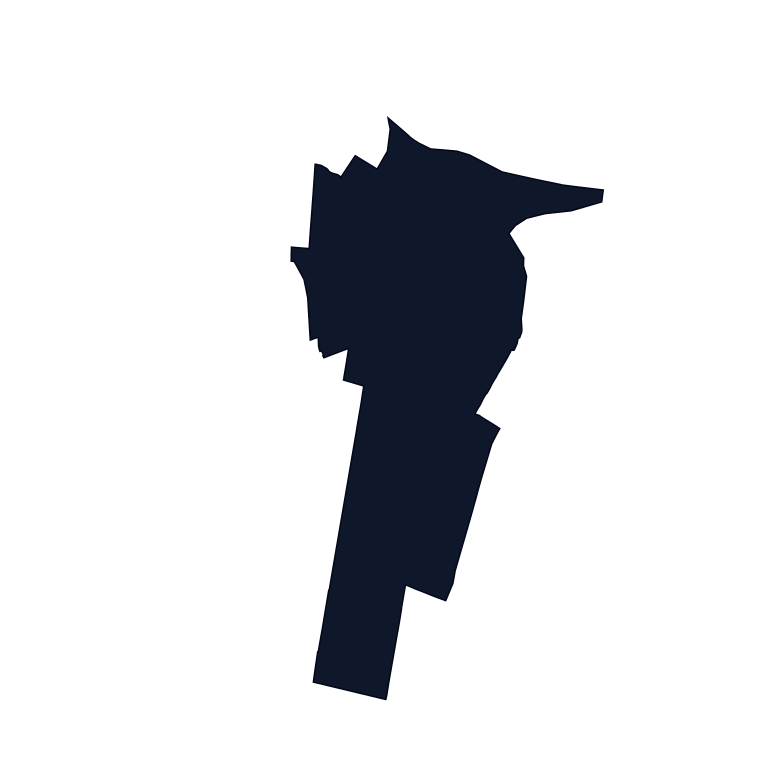 Unirea, Calarasi, Romania, rotated 215°
{"feature_id": "2599482B78203742234892", "entity_name": "Unirea", "entity_type": "district", "adm_level": 2, "iso_a3": "ROU", "parent_name": "Romania", "parent_adm1": "Calarasi", "projection": "natural_earth1", "projection_center": [27.6, 44.275], "detail": "fine", "context": "isolated", "style": "filled", "palette": "ink", "viewbox_px": 768, "rotation_deg": 215, "n_neighbors": 0, "source": "geoboundaries", "source_scale": "gbopen_adm2", "svg_char_len": 4706}
<svg xmlns="http://www.w3.org/2000/svg" viewBox="0 0 768 768"><g transform="rotate(215 384 384)"><path d="M533.3,604.3L530.1,601.1L526.2,597.4L525.0,596.2L519.9,586.5L514.7,576.7L514.3,571.6L513.8,566.4L512.9,556.1L525.7,555.3L538.5,554.5L538.2,541.2L537.9,528.0L538.3,528.3L538.7,528.5L539.0,528.7L539.2,528.8L539.3,528.8L539.5,528.9L539.9,528.9L540.1,528.9L540.3,529.0L540.5,529.0L541.0,528.9L541.4,528.9L541.8,528.9L542.1,528.8L542.4,528.7L542.7,528.6L542.9,528.6L543.1,528.5L543.2,528.4L543.6,528.3L544.0,528.1L544.5,527.9L544.8,527.9L545.1,527.8L545.7,527.6L546.3,527.3L547.3,527.1L548.2,526.9L548.9,526.8L549.6,526.7L550.0,526.6L550.4,526.6L550.5,526.6L550.8,526.6L551.0,526.6L551.3,526.7L551.5,526.8L551.9,527.0L552.3,527.2L552.5,527.2L552.7,527.3L553.0,527.4L553.3,527.4L553.5,527.4L553.7,527.5L554.0,527.5L554.3,527.6L554.5,527.6L554.8,527.6L555.1,527.6L555.8,527.5L556.4,527.4L556.7,527.4L557.1,527.3L557.3,527.3L557.5,527.3L558.2,527.3L559.0,527.2L559.3,527.2L559.5,527.2L559.9,527.2L560.1,527.1L560.4,527.1L560.9,526.9L561.4,526.8L562.1,526.5L562.8,526.2L563.9,525.7L565.0,525.3L565.5,525.0L565.9,524.8L566.2,524.7L566.4,524.7L566.5,524.6L559.1,512.4L551.7,500.1L549.3,496.1L546.9,492.0L542.1,484.0L532.6,468.0L523.0,452.0L530.6,447.5L538.3,443.0L538.2,442.9L537.5,441.9L537.0,441.0L535.7,439.2L534.8,437.7L533.8,436.2L533.3,435.5L532.7,434.7L531.6,433.0L530.5,431.4L529.1,432.1L527.8,432.8L525.2,431.6L522.6,430.3L521.1,429.6L519.6,428.8L517.1,427.6L514.6,426.4L512.8,425.4L510.9,424.5L510.1,424.1L509.4,423.7L509.2,423.5L502.3,417.0L495.5,410.4L492.2,406.2L488.9,402.0L479.2,389.8L469.6,377.7L468.7,378.9L467.9,380.2L467.4,380.9L466.9,381.6L466.6,382.0L466.2,382.5L465.9,382.9L465.6,383.3L465.3,383.7L465.0,384.1L464.7,384.6L463.0,382.4L461.3,380.1L460.1,378.5L459.8,378.1L459.0,377.2L458.1,376.3L457.1,375.4L455.8,374.4L455.2,374.0L454.2,375.4L452.4,374.3L450.6,373.3L450.2,373.1L449.8,372.9L450.3,372.1L448.8,371.3L448.3,371.0L446.4,373.8L444.8,376.2L441.4,381.2L437.5,386.9L433.6,392.6L432.7,391.5L432.4,390.8L432.0,390.1L431.1,388.2L430.2,386.4L429.5,385.0L428.9,383.6L427.7,381.3L426.6,379.0L425.7,377.1L424.8,375.2L422.8,371.0L420.8,366.8L420.2,365.7L419.7,364.5L419.6,364.3L419.5,364.0L409.5,367.4L399.4,370.7L395.7,363.1L391.9,355.5L388.9,349.2L385.9,342.8L382.4,335.4L378.8,328.0L374.3,318.4L369.8,308.9L363.6,295.8L357.4,282.7L334.0,233.1L310.6,183.6L311.0,183.4L302.9,166.4L294.8,149.5L289.5,138.1L284.2,126.8L284.7,126.6L281.3,119.8L274.4,106.1L270.9,99.3L249.1,107.9L201.6,126.6L202.6,129.1L203.8,131.8L208.6,141.6L229.9,187.1L231.0,189.6L235.3,198.7L240.6,209.7L240.8,210.0L241.0,210.4L241.2,210.6L245.3,219.3L249.0,227.1L251.2,231.9L244.7,233.3L241.3,234.0L236.0,235.3L230.7,236.6L224.1,238.1L220.1,239.1L218.6,239.5L217.1,239.8L213.3,240.9L211.2,241.4L209.2,241.9L209.2,242.0L210.2,246.5L213.2,260.2L215.8,265.9L218.5,271.6L220.5,277.4L230.5,306.7L238.6,330.2L240.9,336.6L243.1,343.0L246.6,352.6L250.0,362.3L255.7,379.5L261.4,396.6L262.7,405.8L263.2,409.8L263.6,413.9L264.3,413.8L265.6,413.8L266.8,413.8L269.2,413.7L271.6,413.6L276.4,413.3L281.2,413.0L282.1,413.0L283.0,412.9L284.4,412.9L285.8,412.8L286.9,412.9L288.1,412.9L290.2,412.2L292.3,411.5L292.3,411.9L292.4,412.2L292.5,412.9L292.6,413.6L292.7,414.8L292.9,416.1L293.0,417.3L293.1,418.5L293.1,420.1L293.2,421.8L293.3,422.1L293.3,422.5L293.5,423.9L293.7,425.2L294.0,427.0L294.3,428.9L294.4,430.1L294.5,431.2L294.6,432.5L294.7,433.8L294.6,434.2L294.6,434.5L294.5,435.0L294.4,435.4L294.4,435.8L294.4,436.2L294.9,441.7L295.0,442.2L295.1,442.7L295.2,443.4L295.2,444.1L295.4,444.6L295.5,445.1L295.6,446.3L295.7,447.6L295.8,448.8L295.9,450.1L296.0,451.2L296.1,452.4L296.1,453.3L296.1,454.2L296.3,455.2L296.5,456.1L296.5,456.3L296.5,456.5L296.6,457.4L296.7,459.5L296.8,460.6L296.9,462.5L297.1,464.4L297.2,466.3L297.4,468.2L297.7,472.4L298.1,476.6L298.5,479.8L298.8,482.9L299.1,483.7L299.3,484.6L298.6,485.0L297.9,485.4L297.6,485.6L297.4,485.8L297.1,486.1L296.8,486.5L297.4,489.7L298.2,493.5L299.2,495.8L300.3,498.2L300.3,498.5L300.3,498.8L299.9,499.1L299.4,499.5L299.9,501.4L300.3,502.8L300.6,504.2L300.7,504.5L300.9,505.3L302.5,508.0L305.0,511.1L309.0,516.1L310.7,519.4L316.9,531.5L329.0,554.0L337.4,560.7L339.7,564.1L341.9,567.5L368.0,578.9L367.7,584.0L367.3,589.1L364.8,595.3L362.3,601.5L356.0,608.8L349.7,616.0L339.9,624.6L330.1,633.2L320.1,645.6L313.7,653.6L310.1,658.1L310.5,658.8L313.7,664.9L315.7,668.7L320.4,666.1L326.2,663.0L341.0,655.1L345.6,652.7L351.7,649.5L376.6,638.8L393.9,631.6L408.8,625.5L408.7,625.5L445.0,620.7L457.7,616.6L469.2,610.0L480.6,603.3L493.4,601.3L499.6,601.0L505.3,601.2L505.5,601.4L512.4,602.2L521.2,603.1L528.4,603.8L533.3,604.3Z" fill="#0f172a" stroke="#020617" stroke-width="1.5"/></g></svg>